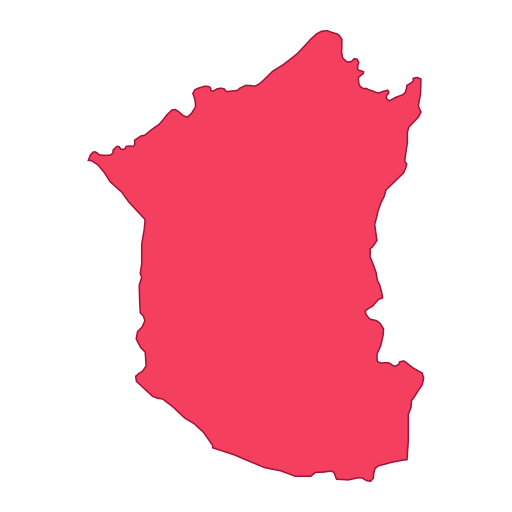 the district of Canelones, Canelones, Uruguay
{"feature_id": "84410073B2081197170213", "entity_name": "Canelones", "entity_type": "district", "adm_level": 2, "iso_a3": "URY", "parent_name": "Uruguay", "parent_adm1": "Canelones", "projection": "mercator", "projection_center": [-56.237, -34.531], "detail": "fine", "context": "isolated", "style": "filled", "palette": "rose", "viewbox_px": 512, "rotation_deg": 0, "n_neighbors": 0, "source": "geoboundaries", "source_scale": "gbopen_adm2", "svg_char_len": 3031}
<svg xmlns="http://www.w3.org/2000/svg" viewBox="0 0 512 512"><path d="M212.6,447.8L233.8,454.7L246.5,460.1L264.6,467.6L281.0,470.9L295.1,476.2L310.7,476.3L315.5,472.4L323.5,472.1L331.1,471.0L333.9,472.4L336.5,479.2L348.3,479.9L357.5,477.9L361.7,477.8L366.8,480.7L370.6,481.3L373.4,478.1L373.7,473.6L375.0,468.6L378.3,465.9L391.3,462.4L402.6,460.2L407.0,459.7L408.3,440.7L408.3,414.5L411.0,407.4L411.5,400.6L413.6,398.0L418.0,391.1L422.3,384.6L423.7,378.0L422.1,373.0L413.6,368.3L409.8,365.4L406.4,362.7L403.7,360.9L399.7,361.8L399.0,364.1L396.7,365.5L394.3,366.2L391.8,364.8L390.1,363.6L388.1,362.7L385.2,362.7L381.2,363.1L377.4,361.6L377.0,357.4L377.1,353.8L378.9,349.8L380.6,346.0L383.1,335.4L383.6,328.9L380.0,323.2L376.5,320.6L369.8,319.1L366.2,314.8L365.1,311.0L369.1,308.1L373.0,305.9L375.6,302.5L378.7,299.3L382.6,297.9L382.0,293.8L379.9,285.6L377.3,280.0L376.1,272.5L373.3,264.7L370.0,256.5L370.4,251.4L369.9,248.7L371.9,247.5L374.8,243.7L376.9,240.4L375.8,232.5L374.7,224.2L376.8,216.6L378.0,211.1L380.8,203.1L384.3,196.1L385.9,190.0L403.4,173.1L405.6,168.4L406.8,164.1L404.7,161.3L405.7,153.6L407.4,142.6L407.4,132.2L408.8,127.2L418.5,117.0L421.0,112.0L418.3,106.1L420.5,94.0L421.0,79.1L417.1,77.4L413.1,78.4L413.3,81.1L410.2,83.5L406.8,85.4L406.4,88.7L405.3,92.4L402.4,94.9L395.9,97.2L389.5,100.7L387.4,99.7L386.2,97.5L386.9,95.1L388.6,93.4L388.7,91.5L387.6,90.2L383.6,91.2L378.9,93.0L375.7,92.3L372.6,90.9L369.1,89.9L366.5,88.5L363.1,88.5L360.2,86.4L358.9,83.9L358.4,78.2L359.3,76.6L361.5,74.8L363.4,73.6L363.6,71.8L361.1,70.8L358.7,70.4L357.6,68.6L357.8,65.5L358.8,62.7L357.3,59.3L354.3,58.6L351.3,61.6L347.2,62.0L344.9,60.1L342.5,57.7L341.6,51.9L341.8,46.9L341.9,39.5L339.5,35.7L337.7,34.1L332.2,32.5L327.2,30.7L321.6,31.2L316.4,34.0L310.5,39.4L303.9,46.7L297.0,53.9L287.6,61.3L282.8,64.9L272.7,71.2L263.2,80.5L258.4,84.5L254.5,86.2L250.1,85.5L245.7,85.4L239.8,88.2L237.5,90.4L233.1,90.9L227.5,91.5L225.5,90.8L224.1,88.8L220.8,88.2L217.4,88.7L213.0,91.2L211.0,90.8L210.7,88.6L209.9,87.2L208.0,86.4L204.9,86.2L198.2,88.2L194.9,89.7L192.8,93.5L194.0,96.4L194.9,99.9L195.4,103.1L195.5,106.9L191.4,113.5L187.2,117.2L183.0,115.4L178.6,111.6L175.2,109.5L172.1,109.9L167.2,114.5L163.7,119.1L159.0,124.4L151.7,129.5L144.7,135.2L141.0,135.9L134.6,140.2L134.7,144.6L133.6,146.3L129.3,146.0L126.2,146.3L125.1,148.7L122.7,149.4L120.8,149.1L119.2,146.7L116.9,146.4L113.2,149.8L112.9,153.1L110.4,155.1L104.9,155.4L99.1,154.9L97.1,152.9L95.3,151.9L93.2,152.0L90.3,155.1L88.3,160.4L91.7,160.8L97.9,164.9L104.3,172.5L110.2,181.8L122.0,192.5L128.7,201.9L140.3,214.4L145.1,219.5L144.2,229.5L141.7,244.3L141.7,263.9L140.9,269.1L140.2,273.5L141.7,277.1L139.2,285.4L139.6,300.1L140.3,312.9L143.3,315.8L144.9,320.7L142.2,326.9L137.5,331.7L136.2,338.9L140.6,347.5L145.2,352.1L146.1,365.9L142.7,371.0L139.1,373.3L135.7,376.2L136.4,381.4L142.1,386.6L152.5,396.3L157.3,398.2L162.8,399.1L172.8,406.8L184.9,418.2L194.3,423.8L203.7,432.6L209.3,440.6L211.1,443.3L212.6,445.2L212.6,447.8Z" fill="#f43f5e" stroke="#9f1239" stroke-width="1.5"/></svg>